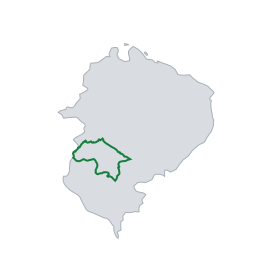 where Krâchéh sits in Cambodia, rotated 136°
{"feature_id": "KHM-1793", "entity_name": "Krâchéh", "entity_type": "Province", "adm_level": 1, "iso_a3": "KHM", "parent_name": "Cambodia", "parent_adm1": "", "projection": "orthographic", "projection_center": [106.195, 12.682], "detail": "fine", "context": "in_parent", "style": "outline", "palette": "green", "viewbox_px": 256, "rotation_deg": 136, "n_neighbors": 0, "source": "natural_earth", "source_scale": "10m", "svg_char_len": 5902}
<svg xmlns="http://www.w3.org/2000/svg" viewBox="0 0 256 256"><g transform="rotate(136 128 128)"><path d="M211.6,55.6L212.1,57.5L210.8,61.0L209.3,64.2L206.6,67.0L206.5,69.0L205.6,75.1L205.9,77.1L206.6,78.8L207.5,79.6L209.9,85.6L212.1,91.1L214.3,95.5L214.7,98.3L212.7,105.5L210.5,112.1L210.7,115.4L211.7,118.7L212.8,123.1L213.2,128.7L212.6,132.3L211.6,134.6L209.6,136.9L207.9,138.1L205.8,136.1L204.1,136.1L201.9,136.7L200.2,137.6L196.6,141.0L192.7,144.3L187.2,145.2L185.1,147.7L182.8,148.0L178.4,148.2L175.6,148.7L175.7,150.0L175.5,155.8L175.6,157.2L175.1,157.6L173.2,157.7L169.8,156.8L165.3,155.4L162.1,155.2L160.5,157.7L159.5,158.7L158.3,158.9L157.0,159.3L156.6,160.4L156.5,161.9L157.1,164.3L157.3,168.2L157.2,170.8L158.3,172.5L165.2,178.1L167.3,179.5L167.5,180.3L166.3,183.4L167.4,187.7L165.2,187.6L161.6,185.7L159.9,184.6L157.8,185.5L157.1,185.3L155.6,183.2L153.8,181.1L151.9,180.9L147.9,181.8L143.8,182.3L142.2,182.3L141.6,182.7L139.2,185.9L138.2,185.4L134.1,184.1L130.3,183.6L129.5,184.5L130.0,187.1L130.8,189.6L130.3,190.7L128.2,192.0L125.5,194.5L123.8,196.3L122.6,196.8L118.4,196.7L114.3,196.9L112.6,198.7L111.0,200.0L109.7,200.4L104.3,196.0L93.5,194.4L92.3,192.4L91.3,192.0L90.3,194.5L84.4,196.9L81.9,195.4L80.1,193.6L80.4,191.5L82.1,189.7L85.0,188.5L86.4,184.1L84.3,178.3L82.3,176.7L80.2,175.3L78.1,177.4L76.2,181.0L74.3,182.9L71.6,183.3L67.6,183.1L66.1,177.6L65.7,173.0L66.3,167.7L66.9,164.6L63.2,160.2L63.0,156.1L61.2,154.0L60.6,155.0L60.7,156.2L60.2,155.4L54.3,143.2L53.4,137.6L54.5,133.3L55.1,131.9L53.4,129.6L51.0,127.0L46.8,123.5L46.6,118.2L45.7,111.9L44.5,109.7L42.6,105.8L41.6,102.6L41.3,94.1L41.9,93.4L44.9,93.2L48.8,92.6L49.4,91.3L48.8,90.1L51.3,88.2L54.9,84.1L57.7,79.7L59.7,77.0L60.9,74.2L64.9,70.4L70.5,67.7L74.2,67.1L78.1,66.2L81.8,65.0L83.6,64.9L88.2,66.5L90.7,66.9L93.3,66.9L96.0,67.1L98.4,67.0L104.1,65.9L110.1,66.8L115.5,66.2L122.1,64.9L125.4,65.8L128.3,67.1L128.7,69.6L129.4,70.8L130.4,71.7L131.7,71.7L133.4,69.9L134.8,68.1L135.3,67.8L135.4,68.7L136.1,70.7L137.3,72.7L138.6,74.0L140.7,75.8L142.1,75.8L146.7,74.2L153.5,76.6L154.3,77.8L156.5,80.3L158.9,82.0L164.2,82.2L166.1,77.8L165.2,75.2L162.1,70.6L161.3,67.9L162.3,67.4L167.4,66.9L168.2,66.4L169.4,63.4L170.8,63.8L173.6,64.2L176.6,62.1L178.4,60.0L179.4,61.0L180.4,62.5L181.6,63.3L183.8,64.6L186.1,66.4L187.6,68.2L188.8,68.9L191.9,68.4L192.7,68.4L194.4,66.3L195.7,65.1L196.7,65.4L198.3,65.4L201.4,62.6L203.2,60.1L204.2,59.4L207.1,60.7L208.2,60.4L209.8,57.0L211.6,55.6ZM64.2,170.5L63.6,170.8L63.0,170.8L62.5,170.3L62.5,168.3L63.0,167.2L63.9,166.9L64.2,170.5ZM73.0,189.7L71.8,191.0L69.9,188.3L69.9,187.5L73.0,189.7Z" fill="#d9dde1" stroke="#a8b0b8" stroke-width="1"/><path d="M188.0,144.7L187.4,144.8L186.7,145.2L186.1,146.0L185.7,147.1L185.1,148.0L184.4,148.2L182.8,147.8L183.0,148.3L180.2,147.9L178.6,147.9L177.6,148.6L177.1,148.6L177.0,148.3L176.8,148.1L176.5,147.8L176.1,147.8L175.7,147.8L175.0,148.0L174.8,148.1L172.5,148.7L172.2,148.7L171.4,148.5L171.2,148.5L170.1,148.9L169.9,148.9L169.7,148.9L169.4,148.8L169.3,148.5L167.7,148.5L167.3,148.4L167.3,148.2L167.3,147.9L167.5,147.7L167.8,147.4L167.9,147.2L167.4,145.9L167.2,145.6L167.0,145.4L166.9,145.4L166.7,145.3L166.3,145.1L165.8,144.6L165.6,144.6L165.0,144.5L164.9,144.5L164.3,144.2L164.0,144.0L163.8,143.9L163.8,143.7L164.1,143.4L164.1,143.1L164.1,142.8L164.0,142.6L163.8,142.2L163.6,142.0L163.5,141.9L163.3,141.9L163.2,142.0L162.7,141.8L162.6,141.2L162.4,141.0L161.5,140.3L161.1,140.1L160.0,139.9L159.0,139.5L158.7,139.4L158.4,139.4L158.2,139.4L158.1,139.5L157.9,139.7L156.8,139.9L156.5,138.5L156.4,138.4L155.7,138.4L154.0,138.0L153.8,138.1L153.7,138.1L153.8,137.1L153.8,136.9L153.9,136.7L154.1,136.6L154.3,136.4L154.6,136.0L154.7,135.7L154.7,135.4L154.6,133.7L154.2,131.1L153.8,129.9L152.9,125.8L151.9,122.9L151.8,122.1L151.5,120.7L151.5,120.1L151.5,118.9L151.5,118.6L151.7,118.3L151.7,118.1L151.8,118.0L151.7,117.8L151.7,117.5L151.5,117.1L151.2,116.7L150.8,116.4L150.8,116.1L150.8,115.9L151.1,115.5L151.2,115.3L151.3,115.2L151.2,115.0L151.2,114.8L151.0,114.6L150.9,114.4L150.6,114.2L150.4,113.9L150.1,111.6L150.1,111.4L150.1,111.2L150.3,110.6L150.4,110.3L150.3,110.1L150.2,109.9L150.0,109.4L149.7,109.1L149.2,108.6L148.1,104.1L151.0,105.5L152.2,105.8L152.7,106.0L155.6,108.4L156.7,108.9L157.4,109.3L157.7,109.3L158.0,109.3L158.5,109.3L159.8,108.8L160.1,108.6L160.3,108.3L160.9,107.2L161.0,106.9L161.0,106.4L161.2,106.2L161.4,106.1L161.5,106.1L162.2,106.4L162.3,106.4L162.5,106.4L162.8,106.2L163.1,104.9L163.2,104.7L165.3,101.7L165.7,101.3L165.8,101.2L166.1,101.1L166.4,101.0L167.9,100.9L168.8,101.1L169.0,101.0L169.5,100.7L169.8,100.3L170.0,100.2L172.1,99.2L172.6,99.1L173.9,99.0L173.9,102.7L173.8,103.3L173.8,103.5L174.0,104.2L174.4,105.5L174.7,105.9L175.8,106.5L176.1,106.7L176.2,106.9L176.3,107.0L176.4,107.3L176.4,107.6L176.3,107.8L176.2,107.9L174.2,107.9L173.9,108.1L173.6,108.4L173.5,108.6L173.4,108.8L173.4,109.8L173.5,110.0L173.7,110.3L174.7,111.7L174.8,111.8L175.0,112.0L175.4,112.2L175.5,112.2L175.6,112.4L175.8,112.7L176.0,112.9L176.3,113.1L176.7,113.3L176.8,113.3L177.5,113.3L177.9,113.4L178.0,113.4L178.1,113.5L178.5,114.0L180.4,115.2L181.7,115.7L181.9,115.8L182.0,115.9L182.1,116.1L182.2,116.3L182.2,116.7L182.4,118.0L182.3,118.4L182.2,118.5L181.8,118.7L181.6,118.8L181.4,119.1L181.0,119.7L180.8,119.9L180.6,120.1L179.7,120.5L179.0,120.7L178.4,121.1L177.6,121.3L176.3,122.1L175.8,122.6L175.0,123.8L174.2,127.0L174.0,127.9L174.1,128.4L174.1,129.1L174.1,129.3L174.3,129.5L174.5,129.7L175.4,130.1L177.0,131.1L177.4,131.3L178.1,131.7L178.3,131.9L178.5,132.0L179.2,132.2L179.3,132.3L180.2,133.1L180.3,133.2L180.4,133.5L180.8,134.3L181.2,135.8L181.4,136.1L181.5,136.2L181.6,136.4L182.1,136.7L182.7,136.8L183.5,137.0L184.9,137.4L185.3,137.5L185.7,137.8L186.0,137.9L186.1,138.0L186.6,138.5L186.8,138.7L187.1,139.0L187.3,139.4L187.5,139.7L187.9,140.4L188.0,140.8L187.8,143.0L188.0,144.5L188.0,144.7Z" fill="none" stroke="#15803d" stroke-width="2"/></g></svg>